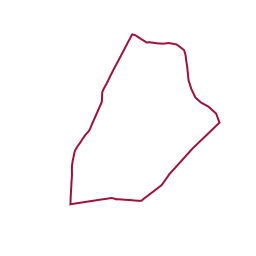 Nuzha, Al Qahirah, Egypt (Robinson projection), rotated 316°
{"feature_id": "37247803B21469576264473", "entity_name": "Nuzha", "entity_type": "district", "adm_level": 2, "iso_a3": "EGY", "parent_name": "Egypt", "parent_adm1": "Al Qahirah", "projection": "robinson", "projection_center": [31.378, 30.115], "detail": "fine", "context": "isolated", "style": "outline", "palette": "rose", "viewbox_px": 256, "rotation_deg": 316, "n_neighbors": 0, "source": "geoboundaries", "source_scale": "gbopen_adm2", "svg_char_len": 4201}
<svg xmlns="http://www.w3.org/2000/svg" viewBox="0 0 256 256"><g transform="rotate(316 128 128)"><path d="M33.6,142.9L33.8,143.0L46.0,151.6L50.4,154.7L51.8,155.7L54.5,157.7L55.6,158.4L56.3,158.9L57.5,159.7L58.7,160.6L60.0,161.5L60.9,162.2L61.0,162.3L61.3,162.5L61.8,162.9L62.8,163.6L64.4,164.7L65.2,165.3L66.0,165.8L66.6,166.3L67.3,166.8L67.7,167.2L68.0,167.5L68.3,168.1L68.7,168.6L69.2,169.6L69.7,170.5L69.9,171.1L70.1,171.1L70.5,171.4L70.8,171.8L71.3,172.3L72.6,173.7L73.4,174.6L74.3,175.6L75.3,176.8L76.3,177.9L77.7,179.4L78.7,180.5L80.1,182.0L81.2,183.3L82.0,184.3L83.7,186.2L85.2,187.8L85.8,188.6L86.0,188.7L86.1,188.8L86.3,188.9L86.4,189.0L86.6,189.1L87.0,189.4L87.1,189.6L87.4,189.7L87.8,189.7L89.4,189.8L90.7,189.9L90.8,189.9L93.2,190.2L94.6,190.4L97.8,190.7L101.4,191.2L104.1,191.5L104.3,191.5L105.8,191.7L108.8,192.0L110.1,192.2L111.0,192.3L111.9,192.4L112.4,192.4L112.9,192.4L114.4,192.1L116.1,191.8L118.3,191.4L119.9,191.1L122.3,190.6L124.0,190.3L124.9,190.1L125.0,190.0L125.5,189.9L126.6,189.9L128.9,189.7L131.1,189.6L134.4,189.4L136.9,189.2L140.3,189.0L142.8,188.8L147.1,188.5L149.5,188.3L152.1,188.1L154.6,188.0L157.1,187.8L158.6,187.7L160.7,187.6L197.5,187.7L201.4,178.9L200.7,168.6L198.2,160.3L197.6,153.0L200.7,143.8L204.7,135.7L208.8,130.6L213.0,125.2L217.1,119.4L220.0,115.6L222.4,111.0L221.8,106.5L221.0,101.7L218.0,97.4L216.0,94.9L214.3,93.7L212.0,91.9L208.7,88.4L207.6,87.1L205.4,84.3L203.0,81.2L202.9,81.3L200.8,79.4L198.7,70.9L197.7,66.2L196.1,63.6L195.9,63.6L195.7,63.7L194.2,64.1L193.0,64.6L192.3,64.8L191.5,65.0L191.4,65.1L190.8,65.3L189.2,65.7L187.8,66.2L186.6,66.6L185.2,67.1L182.4,68.0L179.8,68.9L177.0,69.8L175.0,70.4L173.8,70.9L172.6,71.3L171.3,71.7L170.0,72.1L168.9,72.5L168.0,72.8L166.3,73.3L164.9,73.8L163.9,74.1L162.4,74.6L159.2,75.6L158.6,75.8L157.7,76.1L156.7,76.5L154.7,77.2L154.3,77.3L152.1,78.0L151.8,78.2L151.6,78.2L151.0,78.4L150.4,78.7L149.7,78.9L148.9,79.2L147.7,79.7L146.5,80.1L145.7,80.4L145.1,80.6L144.0,81.0L143.2,81.3L142.8,81.4L141.8,81.7L140.3,82.2L139.2,82.5L138.2,82.8L137.4,83.1L136.5,83.4L135.4,83.9L134.8,84.2L134.4,84.4L134.2,84.6L133.7,85.0L133.0,85.6L132.4,86.2L131.6,87.0L130.9,87.6L130.1,88.4L129.6,88.9L129.1,89.4L128.7,89.8L128.5,90.0L128.4,90.0L128.2,90.2L128.1,90.3L127.8,90.5L127.7,90.6L127.5,90.8L127.4,90.8L127.2,90.9L127.2,91.0L126.9,91.1L126.7,91.2L126.6,91.3L126.4,91.4L126.3,91.5L126.1,91.5L125.9,91.6L125.7,91.7L125.5,91.8L125.4,91.9L125.2,91.9L125.1,92.0L124.9,92.1L124.5,92.2L124.4,92.3L124.2,92.3L123.8,92.5L123.7,92.5L123.4,92.6L123.2,92.7L122.9,92.8L122.7,92.9L122.4,93.0L122.2,93.1L121.9,93.2L121.6,93.3L121.4,93.4L121.1,93.6L120.9,93.7L120.6,93.8L120.3,93.9L120.2,93.9L120.1,94.0L119.8,94.1L119.6,94.2L119.4,94.2L119.3,94.3L119.1,94.4L118.9,94.4L118.8,94.5L118.6,94.6L118.4,94.7L118.1,94.8L117.8,94.9L117.7,94.9L117.6,95.0L117.3,95.1L117.1,95.2L116.8,95.3L116.6,95.4L116.3,95.5L116.1,95.6L115.9,95.7L115.7,95.8L115.4,95.9L115.3,96.0L115.2,96.0L114.8,96.1L114.7,96.2L114.4,96.3L114.2,96.4L114.0,96.5L113.9,96.5L113.7,96.6L113.3,96.8L113.1,96.8L112.7,97.0L112.4,97.1L112.1,97.3L111.9,97.3L111.6,97.4L111.4,97.5L111.1,97.6L110.8,97.8L110.7,97.8L110.2,98.0L109.9,98.2L109.5,98.3L109.1,98.5L108.6,98.7L108.1,98.9L107.6,99.1L107.0,99.3L106.4,99.6L105.7,99.9L105.0,100.1L104.6,100.3L103.8,100.6L102.7,101.1L101.8,101.5L100.5,102.1L99.6,102.4L98.7,102.7L97.9,102.9L97.3,103.0L96.5,103.1L94.5,103.2L93.7,103.3L92.3,103.4L91.3,103.6L91.2,103.6L90.9,103.7L90.7,103.7L89.9,103.9L88.8,104.1L88.0,104.2L86.9,104.5L84.5,105.1L84.0,105.2L83.4,105.3L82.2,105.6L81.3,105.7L80.6,105.8L80.0,105.9L78.5,106.3L76.8,106.7L76.1,106.9L75.5,107.1L75.3,107.1L75.1,107.2L74.4,107.4L73.8,107.7L73.0,108.1L71.6,109.0L70.6,109.7L70.1,110.1L69.3,110.6L68.5,111.1L67.7,111.7L66.8,112.3L66.0,112.8L65.2,113.3L64.5,113.9L63.7,114.5L63.2,114.9L62.7,115.3L62.0,115.8L61.4,116.4L61.3,116.5L61.2,116.6L60.9,116.8L60.8,117.0L60.7,117.1L60.4,117.3L60.2,117.6L59.9,117.8L59.7,118.0L59.3,118.4L57.0,120.8L56.2,121.7L54.5,123.4L53.1,124.7L51.9,125.8L51.0,126.6L50.0,127.4L49.0,128.3L48.9,128.5L47.5,129.8L45.9,131.3L43.9,133.1L43.5,133.5L43.1,133.9L39.8,136.9L39.2,137.5L38.3,138.3L35.9,140.7L33.6,142.9Z" fill="none" stroke="#9f1239" stroke-width="2"/></g></svg>